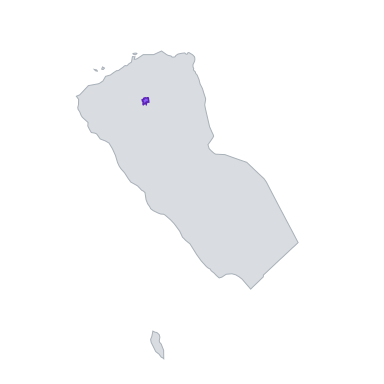 Jihanah, Sana'a, Yemen shown in context, rotated 72°
{"feature_id": "15242507B2838826249504", "entity_name": "Jihanah", "entity_type": "district", "adm_level": 2, "iso_a3": "YEM", "parent_name": "Yemen", "parent_adm1": "Sana'a", "projection": "orthographic", "projection_center": [44.505, 15.192], "detail": "fine", "context": "in_parent", "style": "filled", "palette": "violet", "viewbox_px": 384, "rotation_deg": 72, "n_neighbors": 0, "source": "geoboundaries", "source_scale": "gbopen_adm2", "svg_char_len": 3691}
<svg xmlns="http://www.w3.org/2000/svg" viewBox="0 0 384 384"><g transform="rotate(72 192 192)"><path d="M302.5,166.2L290.3,171.3L287.1,173.5L284.2,176.1L282.1,179.3L280.8,184.9L282.2,189.9L282.1,192.7L279.0,194.6L276.0,196.0L272.8,198.1L270.8,198.6L269.2,200.2L267.3,201.4L260.4,204.5L252.9,206.9L240.8,209.9L236.2,212.9L232.0,215.0L225.5,215.8L216.7,218.7L211.8,221.0L205.7,224.7L204.4,225.8L203.3,228.5L201.5,230.8L197.8,234.6L195.1,236.5L193.2,236.7L189.6,237.8L185.3,238.1L178.1,236.9L176.3,237.8L174.8,239.3L169.3,241.9L163.7,247.1L159.5,248.5L152.9,250.2L148.2,252.3L145.1,253.2L141.0,253.7L133.5,253.5L126.4,254.3L119.8,255.8L116.7,258.6L113.2,262.9L107.4,264.7L106.0,266.2L104.3,269.4L100.5,270.2L97.1,270.7L93.7,269.4L87.1,273.2L84.6,273.8L80.9,274.0L78.2,274.8L76.3,274.5L73.9,273.0L68.9,271.2L65.2,272.4L64.9,268.7L58.8,257.7L60.1,248.0L60.1,246.7L58.9,242.4L55.3,238.4L55.5,233.4L54.3,229.9L53.3,226.2L53.6,225.2L53.7,224.4L51.9,218.7L51.3,217.6L51.1,216.4L51.7,215.5L51.7,214.4L50.7,212.7L49.7,209.4L44.8,206.8L45.8,204.4L46.7,205.2L48.0,205.9L48.3,204.4L48.3,203.2L46.3,195.9L49.5,186.1L48.5,177.4L53.2,173.9L54.4,172.8L55.0,171.9L56.2,169.9L57.6,169.2L58.2,167.1L58.1,166.1L57.2,165.2L56.5,162.7L56.8,159.6L57.0,158.3L57.5,155.9L59.1,155.0L59.5,154.3L58.3,152.8L58.4,151.9L61.2,149.4L62.3,148.7L64.0,147.9L65.4,147.9L67.0,148.4L68.4,149.1L69.8,150.4L71.3,151.8L73.5,152.4L75.1,152.2L76.3,152.9L77.4,152.5L78.6,151.8L80.5,151.8L82.2,151.0L87.1,150.6L91.8,150.9L96.8,150.1L101.7,150.2L106.7,150.2L107.8,150.3L108.9,150.8L113.1,153.0L116.2,153.4L122.6,154.0L129.5,154.6L135.4,155.1L140.4,154.6L144.5,154.1L145.6,154.2L146.9,155.5L149.5,158.9L151.9,162.2L156.0,162.3L158.7,161.0L161.6,159.3L163.3,157.9L165.3,152.6L166.6,149.2L169.6,145.3L172.1,142.1L175.4,137.8L177.2,135.4L180.8,130.7L184.3,128.8L191.0,125.2L197.6,121.6L201.8,119.3L205.5,118.2L211.6,117.2L218.8,116.0L226.0,114.8L233.7,113.5L242.2,112.0L248.1,111.0L255.5,109.7L261.7,108.6L267.2,107.7L272.9,106.7L274.1,109.2L275.3,111.7L276.4,114.3L277.6,116.8L278.8,119.3L280.0,121.9L281.2,124.4L282.4,127.0L283.5,129.5L284.7,132.0L285.9,134.6L287.1,137.1L288.3,139.6L289.5,142.2L290.7,144.7L291.9,147.3L293.0,149.7L294.8,150.5L295.9,152.8L297.6,156.2L299.2,159.5L300.8,162.9L302.5,166.2ZM323.3,269.1L324.8,269.3L327.1,268.3L333.8,267.9L341.9,270.4L340.4,271.3L339.6,272.3L336.1,273.4L332.6,275.8L322.4,277.3L319.4,276.9L316.9,274.8L312.2,272.2L314.0,270.4L314.3,269.6L315.0,268.7L317.5,267.3L320.1,267.4L323.3,269.1ZM47.7,239.4L47.4,239.9L47.0,239.8L45.4,238.4L47.1,236.9L48.0,238.3L47.7,239.4ZM43.1,204.9L42.3,205.5L42.1,204.5L42.6,202.2L43.4,201.6L44.0,203.3L43.6,204.2L43.1,204.9ZM46.9,246.3L45.2,247.1L46.4,245.0L47.6,244.6L47.9,244.7L46.9,246.3Z" fill="#d9dde1" stroke="#a8b0b8" stroke-width="1"/><path d="M93.9,211.4L93.6,210.8L93.6,210.7L93.6,210.2L93.4,209.8L93.1,209.3L92.9,209.2L92.7,208.9L93.5,208.7L94.6,208.5L94.5,208.4L94.1,208.1L93.7,207.9L93.3,207.7L93.0,207.6L92.9,207.4L92.6,207.2L92.5,206.8L92.4,206.8L92.5,206.5L92.8,206.4L93.0,206.2L93.1,205.9L93.1,205.7L92.9,205.6L93.0,205.3L92.8,205.3L92.5,205.2L92.3,205.1L92.1,205.0L91.8,205.0L91.4,205.0L91.1,204.9L90.8,204.9L90.5,204.8L90.2,204.8L90.0,204.7L89.6,204.6L89.0,204.5L88.9,204.7L88.8,204.9L88.7,205.0L88.6,205.3L88.7,205.5L88.6,205.8L88.6,206.1L88.4,206.6L88.4,206.8L88.0,207.2L88.0,207.5L87.9,208.2L87.9,208.3L87.9,208.6L88.1,209.1L88.3,209.1L88.5,209.1L88.9,209.1L88.9,209.4L88.9,209.6L88.9,209.8L88.9,210.0L89.0,210.1L89.0,210.3L89.1,210.2L89.4,210.3L89.7,210.8L89.8,210.9L89.9,211.1L90.3,211.0L90.9,210.5L91.0,210.6L91.5,210.7L91.8,210.8L92.1,210.9L92.2,211.0L93.5,211.5L93.9,211.4Z" fill="#8b5cf6" stroke="#5b21b6" stroke-width="1.5"/></g></svg>